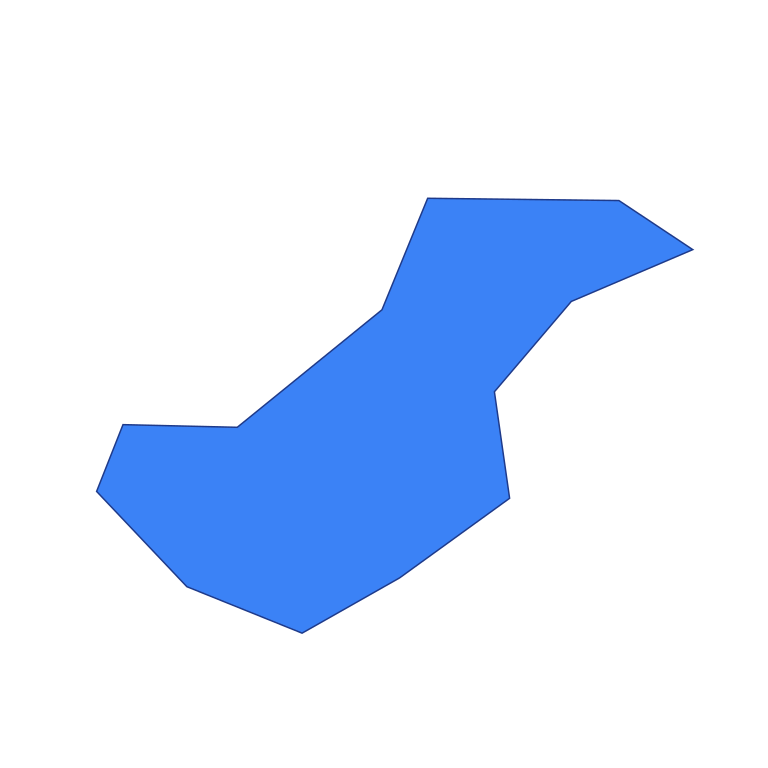 the state/province of Eschen, rotated 297°
{"feature_id": "LIE-4902", "entity_name": "Eschen", "entity_type": "state/province", "adm_level": 1, "iso_a3": "LIE", "parent_name": "Liechtenstein", "parent_adm1": "", "projection": "robinson", "projection_center": [9.535, 47.208], "detail": "fine", "context": "isolated", "style": "filled", "palette": "blue", "viewbox_px": 768, "rotation_deg": 297, "n_neighbors": 0, "source": "natural_earth", "source_scale": "10m", "svg_char_len": 339}
<svg xmlns="http://www.w3.org/2000/svg" viewBox="0 0 768 768"><g transform="rotate(297 384 384)"><path d="M569.3,338.6L654.1,510.0L643.9,598.1L542.6,513.4L427.2,485.9L339.2,547.8L218.3,485.9L124.8,424.1L113.9,300.4L157.8,176.7L229.3,169.9L278.8,272.9L449.2,348.5L569.3,338.6Z" fill="#3b82f6" stroke="#1e3a8a" stroke-width="1.5"/></g></svg>